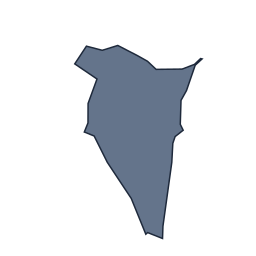 Union, Pennsylvania, United States of America (Albers equal-area conic projection), rotated 292°
{"feature_id": "52423323B12259701702978", "entity_name": "Union", "entity_type": "district", "adm_level": 2, "iso_a3": "USA", "parent_name": "United States of America", "parent_adm1": "Pennsylvania", "projection": "albers", "projection_center": [-77.037, 40.978], "detail": "fine", "context": "isolated", "style": "filled", "palette": "slate", "viewbox_px": 256, "rotation_deg": 292, "n_neighbors": 0, "source": "geoboundaries", "source_scale": "gbopen_adm2", "svg_char_len": 527}
<svg xmlns="http://www.w3.org/2000/svg" viewBox="0 0 256 256"><g transform="rotate(292 128 128)"><path d="M36.2,184.3L38.4,185.4L38.5,201.4L50.0,197.2L112.5,181.5L130.6,175.3L137.7,174.9L146.6,180.0L151.0,175.1L173.5,166.8L184.6,168.2L211.4,166.8L219.8,170.8L219.6,169.3L211.9,165.8L202.9,156.1L192.9,132.1L197.2,121.0L198.6,110.1L200.7,87.6L190.4,75.0L188.3,58.8L167.5,54.6L161.8,80.9L135.8,81.8L117.7,89.0L107.9,89.0L107.9,99.6L88.4,121.7L63.9,157.4L36.2,184.3Z" fill="#64748b" stroke="#1e293b" stroke-width="1.5"/></g></svg>